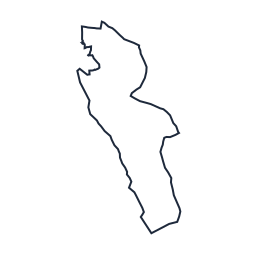 Okehi, Kogi, Nigeria, rotated 112°
{"feature_id": "59680162B48603200461333", "entity_name": "Okehi", "entity_type": "district", "adm_level": 2, "iso_a3": "NGA", "parent_name": "Nigeria", "parent_adm1": "Kogi", "projection": "equal_earth", "projection_center": [6.277, 7.727], "detail": "fine", "context": "isolated", "style": "outline", "palette": "slate", "viewbox_px": 256, "rotation_deg": 112, "n_neighbors": 0, "source": "geoboundaries", "source_scale": "gbopen_adm2", "svg_char_len": 1926}
<svg xmlns="http://www.w3.org/2000/svg" viewBox="0 0 256 256"><g transform="rotate(112 128 128)"><path d="M47.3,148.6L46.9,154.4L47.1,164.9L46.4,166.4L44.9,170.5L42.4,176.5L41.3,179.9L41.3,184.1L39.3,189.3L39.2,192.1L46.1,190.7L47.4,194.4L47.8,196.3L48.4,198.1L49.5,201.7L49.9,203.1L50.1,204.7L50.6,206.9L51.1,208.8L56.6,206.3L63.0,203.8L63.5,203.3L64.0,202.6L64.9,202.7L65.0,202.5L65.0,202.4L65.3,202.1L65.5,201.9L65.7,201.6L65.5,201.3L65.9,200.9L66.0,200.8L66.2,201.0L66.5,201.7L66.6,202.1L66.7,201.9L66.9,201.7L66.8,201.3L66.7,201.1L66.6,199.6L67.1,199.2L68.0,198.9L70.3,198.1L70.0,197.7L69.5,197.3L69.2,197.1L68.4,196.5L68.0,195.4L67.3,194.2L67.0,194.0L66.2,192.8L69.8,191.5L71.3,191.6L73.0,191.4L74.2,191.2L74.9,192.1L75.5,192.2L75.6,191.7L75.2,191.3L74.4,189.3L74.3,188.8L73.9,188.3L74.8,187.2L76.2,185.9L78.4,181.6L79.8,178.6L82.7,177.1L84.2,177.9L86.4,180.2L86.4,180.9L87.1,181.3L87.8,182.2L88.4,183.3L88.8,184.4L89.3,185.4L92.7,183.7L93.3,184.8L93.9,185.7L91.2,195.0L94.0,196.4L103.7,189.5L117.0,174.0L123.7,172.5L129.3,168.2L132.7,159.6L134.9,157.0L136.5,153.6L139.6,148.5L142.1,141.3L145.0,138.7L149.1,134.1L151.3,129.4L153.2,127.7L154.8,126.0L158.5,124.3L161.1,121.8L163.0,120.1L165.8,115.8L169.0,112.4L171.5,111.6L173.7,107.7L176.5,104.8L183.0,104.7L185.2,98.0L187.4,95.4L192.1,90.1L196.7,84.8L200.0,81.8L202.8,82.2L205.7,82.8L216.8,66.9L201.5,53.9L196.6,47.2L190.9,47.4L185.8,48.2L183.1,50.2L173.2,60.3L168.2,63.5L162.3,67.8L158.2,69.1L154.1,74.2L151.0,78.8L145.6,83.1L142.8,85.2L138.0,89.0L133.6,89.5L130.5,89.5L127.3,90.3L123.5,90.7L121.9,89.0L120.7,85.6L116.6,81.4L113.5,78.9L112.8,80.1L108.4,83.9L107.9,84.8L106.5,87.8L100.5,93.7L98.6,98.0L97.3,102.2L97.7,105.6L97.3,115.8L97.7,119.6L98.6,126.9L98.2,131.0L98.0,132.8L97.3,137.5L94.2,137.5L89.1,134.5L85.7,132.0L75.3,131.1L69.3,132.0L64.5,133.6L60.1,137.9L54.3,144.1L51.4,145.7L49.1,148.1L47.3,148.6Z" fill="none" stroke="#1e293b" stroke-width="2"/></g></svg>